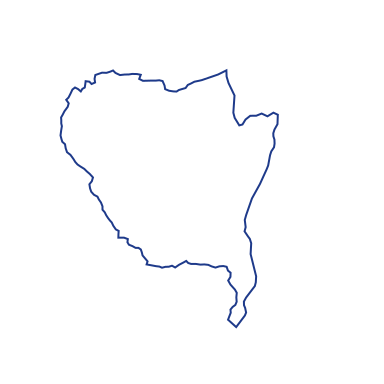 the district of Potiretama, Ceará, Brazil, rotated 341°
{"feature_id": "56859067B9808487421198", "entity_name": "Potiretama", "entity_type": "district", "adm_level": 2, "iso_a3": "BRA", "parent_name": "Brazil", "parent_adm1": "Ceará", "projection": "orthographic", "projection_center": [-38.179, -5.778], "detail": "fine", "context": "isolated", "style": "outline", "palette": "blue", "viewbox_px": 384, "rotation_deg": 341, "n_neighbors": 0, "source": "geoboundaries", "source_scale": "gbopen_adm2", "svg_char_len": 2371}
<svg xmlns="http://www.w3.org/2000/svg" viewBox="0 0 384 384"><g transform="rotate(341 192 192)"><path d="M103.1,63.9L104.3,68.0L102.2,71.0L97.6,74.2L94.7,77.0L92.5,78.9L91.7,81.8L90.7,84.6L90.4,87.4L88.5,90.9L86.1,95.7L85.8,99.4L85.7,102.3L87.5,105.5L86.8,109.6L86.8,113.7L89.2,117.4L90.6,122.0L91.4,125.6L92.7,128.7L94.6,131.3L97.7,135.1L99.2,138.2L101.2,141.6L103.1,146.0L100.8,149.2L97.5,151.3L96.8,155.4L96.8,158.9L98.4,162.7L101.1,165.6L101.5,168.8L102.5,172.3L102.7,176.4L101.6,179.6L102.9,182.8L103.3,186.0L104.1,189.2L105.1,192.2L106.2,194.7L106.6,198.3L107.8,202.6L110.0,204.9L108.7,208.0L107.5,211.2L112.8,213.0L116.0,215.6L114.6,218.5L115.2,221.3L118.1,223.8L120.4,226.4L123.2,227.4L124.9,229.7L124.9,232.8L124.6,235.9L125.9,239.2L127.4,243.1L125.5,245.7L129.4,247.9L133.8,250.4L136.9,251.9L139.0,253.8L142.5,254.1L145.8,255.1L149.1,255.2L151.5,257.9L156.1,256.6L160.8,255.9L164.1,255.3L165.3,257.9L167.7,259.7L172.5,261.4L176.3,263.4L180.1,264.5L183.7,266.2L186.3,268.7L189.6,271.1L193.7,271.2L197.5,272.2L200.4,274.0L200.4,278.0L202.2,280.9L200.7,284.8L197.4,287.5L198.2,292.0L199.7,295.6L200.8,298.2L201.5,301.9L199.6,306.1L198.5,310.3L196.2,312.9L193.0,313.9L190.1,315.7L189.3,318.8L187.0,321.5L184.5,324.5L189.8,334.1L201.8,326.0L203.9,323.6L204.5,318.9L204.3,316.0L205.4,312.5L208.8,309.4L220.8,301.4L222.9,298.2L225.2,292.6L227.2,269.8L231.3,259.7L231.4,255.1L230.5,252.3L228.9,246.3L231.3,242.7L232.8,235.6L235.8,231.3L246.6,217.6L258.9,206.5L270.0,194.8L272.6,191.8L277.8,182.6L280.2,179.4L284.1,176.4L285.8,173.2L287.0,169.3L287.1,165.8L288.0,162.9L290.3,159.8L294.9,155.7L298.3,146.9L294.8,143.5L288.0,145.0L283.4,140.5L277.6,140.8L271.9,138.9L266.2,140.9L261.7,144.6L258.4,144.4L256.5,135.8L256.9,130.5L263.6,114.6L262.0,100.8L262.3,94.1L264.1,88.2L254.9,89.4L237.7,89.4L234.8,89.1L230.2,88.5L226.1,89.1L222.9,89.4L219.8,91.6L215.7,91.4L212.8,91.3L210.1,92.0L207.1,90.8L203.3,88.8L200.1,86.0L200.7,82.4L200.3,77.5L197.4,75.7L193.7,74.8L189.1,73.2L185.9,72.2L181.8,70.9L178.9,67.9L181.7,64.5L178.5,62.6L173.9,60.9L170.6,60.3L166.5,59.0L162.0,58.0L158.4,54.5L156.9,51.4L153.8,51.6L150.0,51.5L145.8,49.9L142.1,49.9L138.7,49.9L136.7,53.3L136.0,56.9L132.2,57.2L130.9,54.3L127.5,52.6L126.1,55.5L124.6,58.3L121.9,58.8L119.6,60.7L117.8,57.6L115.4,55.1L112.3,56.2L108.9,59.7L106.0,62.5L103.1,63.9Z" fill="none" stroke="#1e3a8a" stroke-width="2"/></g></svg>